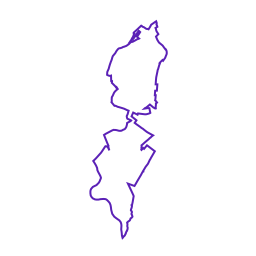 Cristesti, Mures, Romania, rotated 278°
{"feature_id": "2599482B35540168956421", "entity_name": "Cristesti", "entity_type": "district", "adm_level": 2, "iso_a3": "ROU", "parent_name": "Romania", "parent_adm1": "Mures", "projection": "equal_earth", "projection_center": [24.516, 46.501], "detail": "fine", "context": "isolated", "style": "outline", "palette": "violet", "viewbox_px": 256, "rotation_deg": 278, "n_neighbors": 0, "source": "geoboundaries", "source_scale": "gbopen_adm2", "svg_char_len": 5857}
<svg xmlns="http://www.w3.org/2000/svg" viewBox="0 0 256 256"><g transform="rotate(278 128 128)"><path d="M108.7,157.8L112.3,151.4L113.5,149.2L109.6,146.8L110.3,145.9L108.2,144.4L108.4,144.2L108.6,144.1L109.4,144.3L109.7,144.3L110.6,144.0L111.0,144.1L111.5,144.1L112.4,143.9L112.7,143.8L113.6,144.6L116.8,147.3L119.2,149.5L120.0,150.2L121.0,150.9L121.8,151.8L122.7,152.4L123.4,153.1L124.2,153.9L125.1,151.4L126.2,148.5L126.8,147.1L128.4,144.3L129.4,142.7L129.9,141.4L130.7,140.1L131.4,138.7L132.1,137.4L132.9,135.8L134.0,133.9L136.8,135.3L140.0,129.9L144.0,131.0L143.1,133.9L142.5,135.6L143.8,135.9L143.9,142.3L144.0,143.5L144.2,144.3L144.8,145.8L145.5,147.2L145.9,147.8L146.1,148.0L148.8,147.0L150.2,146.6L150.6,146.4L150.6,146.1L150.5,145.3L150.4,144.5L150.2,143.9L149.5,141.6L150.0,142.0L150.3,142.6L151.4,143.8L154.3,146.4L151.9,150.2L151.1,152.2L151.3,152.8L152.5,152.5L155.1,152.4L156.3,152.2L157.2,153.2L158.2,152.3L158.6,151.8L159.2,151.0L160.3,151.1L164.3,150.9L164.2,150.0L168.7,149.7L169.0,151.4L175.3,151.0L175.1,149.3L179.7,149.0L182.2,148.9L186.8,149.2L188.4,149.3L189.5,149.3L190.4,149.6L192.6,149.9L194.7,150.2L196.3,150.6L196.6,150.2L197.9,151.0L200.1,152.7L199.5,153.4L202.2,154.8L202.8,155.1L203.3,155.2L203.9,155.3L204.7,155.5L205.8,155.8L206.3,155.9L207.0,156.0L207.8,155.9L208.5,155.8L209.2,155.6L210.2,155.2L211.0,154.6L211.3,154.3L211.1,154.1L212.6,152.6L214.5,150.8L217.0,146.7L217.4,146.4L219.2,144.9L221.0,143.8L222.4,143.0L225.2,145.0L227.5,143.0L228.3,142.5L230.2,141.8L230.9,141.3L232.3,143.0L233.2,142.6L233.9,142.3L234.2,141.9L234.5,141.8L235.0,141.7L235.5,141.9L236.0,141.8L236.5,141.6L237.6,141.0L233.9,137.0L233.6,136.7L233.3,136.5L231.5,135.9L228.6,134.6L228.7,134.1L228.8,133.7L228.7,132.7L228.8,132.3L228.9,131.9L229.2,131.4L230.1,129.5L230.3,128.3L230.4,128.1L231.0,127.4L231.2,127.0L231.1,126.7L230.5,126.3L229.7,125.7L229.0,125.1L227.1,123.6L223.5,120.6L223.0,120.3L222.8,120.3L222.3,121.1L221.6,120.8L220.0,120.5L219.2,120.3L218.6,120.1L217.3,119.5L216.0,119.1L215.6,119.0L214.9,118.5L214.7,118.5L214.5,118.4L214.7,118.7L214.9,118.9L215.2,119.1L216.1,119.5L216.6,119.8L216.8,119.9L217.0,120.1L217.2,120.3L216.8,120.6L218.1,121.4L220.7,122.7L221.9,123.2L224.4,124.4L225.7,125.2L225.3,125.9L224.7,126.7L222.9,125.9L220.7,124.8L219.8,124.1L219.5,124.5L218.8,125.5L218.4,126.0L218.1,126.5L217.8,126.1L217.2,124.8L216.6,124.0L215.7,122.9L215.0,121.9L214.3,121.0L213.9,120.3L213.6,119.1L213.4,118.9L212.5,118.1L212.0,117.8L211.5,117.4L211.2,117.2L210.8,116.8L210.1,116.0L209.4,115.3L208.8,114.5L208.5,113.8L208.0,113.0L207.8,112.4L207.4,111.6L207.1,111.3L206.7,110.7L206.3,109.9L206.1,109.6L205.8,108.5L205.6,108.0L205.1,107.4L204.7,107.1L203.9,106.6L202.9,106.0L202.0,105.6L200.2,104.9L199.6,104.5L198.8,104.0L197.5,103.2L197.0,102.9L196.4,102.8L195.5,102.6L194.4,102.5L192.7,102.2L190.8,101.7L189.6,101.5L188.8,101.3L188.0,101.2L187.6,101.1L183.8,100.6L181.1,99.8L180.5,99.7L180.2,99.7L179.0,99.8L177.7,99.9L177.6,100.0L177.2,101.6L177.1,102.2L177.1,102.6L177.3,103.5L177.5,103.9L172.3,104.8L172.4,105.3L172.4,105.6L172.2,105.7L170.5,105.7L167.4,109.8L166.9,110.2L166.4,110.7L166.8,111.0L165.2,112.4L164.3,111.6L164.1,111.4L162.6,110.2L161.6,109.6L160.7,109.2L159.3,108.8L159.2,108.8L157.6,108.3L157.4,108.2L157.0,108.0L156.2,107.7L155.8,107.7L155.5,107.8L154.9,107.8L154.3,107.8L153.4,108.0L152.2,108.2L151.9,108.2L151.3,108.0L150.1,109.3L148.1,111.5L148.1,111.8L148.3,112.5L147.7,114.4L147.5,115.0L147.5,115.5L147.3,116.9L147.0,118.9L146.6,121.3L146.1,123.0L145.6,124.5L145.2,126.2L143.1,125.9L141.5,125.7L140.6,125.4L139.6,125.1L139.1,125.2L137.9,125.6L137.1,126.1L136.2,129.4L135.9,130.1L135.4,129.8L134.4,128.5L133.6,127.4L132.8,126.4L131.4,126.5L130.5,126.4L129.0,126.2L128.4,126.0L127.9,125.8L127.4,125.5L126.9,125.3L126.7,125.1L126.4,124.8L125.8,123.9L125.7,123.6L124.9,122.6L124.6,122.1L124.4,121.8L124.3,121.2L124.1,120.7L124.0,119.5L124.3,117.0L124.3,115.6L124.1,113.8L123.9,113.5L123.3,112.5L119.1,106.7L117.8,105.2L114.3,107.2L111.0,109.1L107.7,111.1L107.4,110.8L105.7,111.5L103.3,112.6L103.7,112.3L105.0,111.6L105.5,111.2L105.8,110.9L106.2,110.6L106.5,110.1L106.8,109.4L106.8,109.2L106.9,108.8L106.8,108.3L106.8,108.2L106.3,107.9L105.5,107.5L101.7,105.7L99.7,104.7L98.1,103.6L93.2,100.3L90.5,98.2L89.0,99.5L86.5,101.5L84.1,103.0L82.1,103.5L80.6,104.4L76.8,107.2L75.1,108.1L74.2,108.1L72.9,107.7L71.1,107.3L69.4,106.5L68.0,105.4L67.1,104.8L66.1,103.3L64.8,101.4L62.7,100.0L61.2,99.6L59.8,99.6L57.9,99.9L55.9,100.5L54.5,101.6L53.4,103.0L52.7,105.2L52.7,106.9L53.0,108.7L53.7,110.7L54.3,113.4L54.4,114.6L54.4,115.9L53.8,117.2L52.5,118.9L51.2,120.3L49.3,121.4L47.2,122.1L44.5,122.8L42.4,123.7L40.9,124.3L38.3,126.7L37.2,128.6L36.2,130.5L35.3,132.3L33.7,133.9L32.0,134.7L30.4,135.1L26.6,135.4L24.0,136.2L20.5,137.0L18.4,137.9L18.8,138.2L19.5,137.7L19.9,138.0L20.1,138.1L20.0,138.9L20.5,139.4L20.9,139.6L21.4,139.9L22.1,140.0L22.4,140.1L23.0,140.5L23.2,140.4L23.4,140.4L23.6,140.4L24.4,140.7L24.7,140.7L25.1,140.8L25.4,140.9L25.8,141.1L26.1,141.4L26.4,141.4L26.5,141.3L26.9,141.4L27.2,141.5L27.4,141.6L29.1,141.6L30.5,141.0L30.9,140.9L32.2,140.9L32.9,140.8L33.2,140.7L33.6,140.5L34.0,140.3L34.3,140.3L34.6,140.7L34.9,140.8L35.2,141.0L35.4,141.2L36.0,141.9L36.6,142.5L36.9,142.7L37.5,142.9L38.2,143.0L38.7,143.1L38.9,143.2L39.3,143.7L39.8,144.2L40.2,144.4L40.6,144.7L41.1,144.7L42.0,144.2L42.4,144.1L42.8,143.8L43.2,143.5L43.3,143.4L43.8,143.4L44.8,143.6L45.4,143.6L45.9,143.3L46.3,143.0L46.7,142.4L46.9,142.3L47.7,142.3L49.5,142.7L51.1,142.8L52.0,142.3L52.2,142.7L52.6,142.7L54.9,142.9L61.3,143.1L62.1,142.7L66.0,140.2L71.5,136.6L72.9,135.7L71.5,142.5L73.9,143.5L76.7,144.6L83.6,147.5L84.5,147.8L85.4,148.1L86.1,148.5L86.5,148.6L86.9,148.8L87.0,149.0L87.2,148.8L88.8,149.5L92.1,150.9L94.7,152.4L95.5,152.8L99.7,154.1L99.9,154.3L101.6,154.9L108.7,157.8Z" fill="none" stroke="#5b21b6" stroke-width="2"/></g></svg>